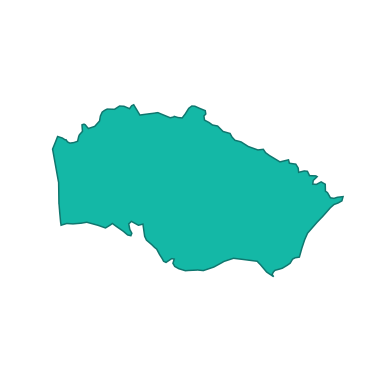 outline of Central Rivercess, River Cess, Liberia, rotated 242°
{"feature_id": "62588387B65596489935901", "entity_name": "Central Rivercess", "entity_type": "district", "adm_level": 2, "iso_a3": "LBR", "parent_name": "Liberia", "parent_adm1": "River Cess", "projection": "orthographic", "projection_center": [-9.304, 5.8], "detail": "fine", "context": "isolated", "style": "filled", "palette": "teal", "viewbox_px": 384, "rotation_deg": 242, "n_neighbors": 0, "source": "geoboundaries", "source_scale": "gbopen_adm2", "svg_char_len": 2562}
<svg xmlns="http://www.w3.org/2000/svg" viewBox="0 0 384 384"><g transform="rotate(242 192 192)"><path d="M267.3,209.4L267.8,207.6L278.1,199.1L278.9,197.0L278.9,196.8L280.1,193.6L280.5,192.6L283.1,185.7L284.4,182.1L294.4,181.6L295.6,181.5L296.4,181.5L296.5,179.3L296.3,178.8L294.9,176.0L299.6,172.2L301.9,168.4L301.4,162.4L305.0,156.1L305.1,155.3L305.1,153.1L305.0,152.2L304.7,150.2L302.1,146.8L298.1,143.7L295.6,136.9L296.3,132.9L296.7,130.3L297.3,130.2L298.8,129.8L301.5,129.3L302.6,128.5L303.0,126.5L302.3,126.1L298.9,124.6L297.0,123.8L295.4,119.5L294.4,118.2L291.2,115.4L290.5,114.8L291.1,110.9L292.5,107.1L294.7,105.6L297.3,105.3L297.6,104.5L300.6,102.8L304.1,99.4L299.8,94.4L295.3,89.0L294.9,88.9L264.7,79.2L263.3,78.8L263.0,78.7L244.3,69.1L243.5,68.8L243.2,68.7L240.0,67.3L237.6,66.3L237.0,66.0L227.2,61.9L224.1,60.8L223.8,62.6L223.0,66.6L219.7,72.0L216.8,78.8L216.5,79.5L214.7,84.9L206.7,93.4L200.9,98.7L200.9,99.5L201.2,104.2L201.6,106.9L197.0,109.1L191.0,112.2L189.4,113.0L186.8,114.0L184.3,115.0L182.1,117.5L183.8,119.5L188.1,119.5L193.6,121.2L193.6,121.3L194.5,124.7L187.8,129.1L186.7,133.6L179.8,131.1L175.1,129.4L170.9,129.2L164.3,131.8L160.7,132.9L158.2,134.0L155.6,134.0L154.7,134.0L152.0,134.0L147.1,134.4L144.2,134.4L142.0,136.0L142.1,136.7L142.7,142.8L141.1,144.8L138.0,141.7L134.5,141.8L134.4,141.8L130.5,144.3L125.6,149.2L124.5,151.8L120.9,159.4L120.6,160.2L117.3,165.1L115.8,174.2L115.5,176.1L115.6,185.2L115.7,187.6L114.0,197.5L109.0,204.7L104.1,211.6L101.2,215.7L100.2,217.1L98.7,217.4L95.7,218.3L86.8,220.2L86.1,220.4L86.0,220.5L84.6,221.2L78.9,224.3L81.7,224.1L83.2,226.4L83.9,228.5L82.8,233.3L82.3,236.0L82.6,241.6L83.0,244.9L83.0,245.1L85.5,249.3L85.5,252.2L84.1,256.2L91.0,262.8L92.8,264.7L97.0,269.1L101.4,274.7L106.6,288.3L108.7,294.7L108.8,295.2L113.2,306.9L114.3,311.5L113.7,315.9L113.8,320.2L117.0,323.2L119.0,318.1L119.2,317.3L119.7,314.4L121.9,311.5L127.9,311.3L130.1,310.2L136.3,313.3L140.3,310.8L140.3,307.8L140.3,305.4L142.3,302.3L145.3,304.5L146.8,309.7L148.1,308.9L151.3,303.4L152.3,303.5L156.1,303.6L157.9,301.0L159.3,295.4L163.3,297.0L167.9,296.7L169.7,294.2L171.7,291.5L175.1,292.3L177.3,283.8L188.0,277.4L192.2,275.4L196.2,275.0L198.2,269.9L205.8,263.0L213.1,258.9L214.3,257.7L217.5,254.2L221.8,253.1L225.8,253.1L228.1,250.7L230.9,247.8L238.2,245.6L241.6,241.5L245.3,239.7L249.6,236.8L253.5,238.2L254.4,240.8L257.6,241.9L262.4,237.9L266.4,234.8L268.0,232.2L267.4,228.4L264.0,222.5L262.0,218.1L263.0,216.6L264.3,214.6L267.1,211.8L266.8,211.3L267.3,209.4Z" fill="#14b8a6" stroke="#0f766e" stroke-width="1.5"/></g></svg>